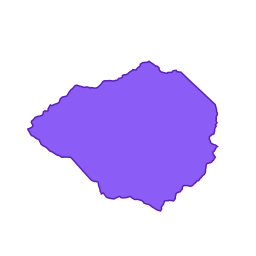 outline of Montanha, Espírito Santo, Brazil, rotated 293°
{"feature_id": "56859067B76989812301886", "entity_name": "Montanha", "entity_type": "district", "adm_level": 2, "iso_a3": "BRA", "parent_name": "Brazil", "parent_adm1": "Espírito Santo", "projection": "robinson", "projection_center": [-40.286, -18.121], "detail": "fine", "context": "isolated", "style": "filled", "palette": "violet", "viewbox_px": 256, "rotation_deg": 293, "n_neighbors": 0, "source": "geoboundaries", "source_scale": "gbopen_adm2", "svg_char_len": 3422}
<svg xmlns="http://www.w3.org/2000/svg" viewBox="0 0 256 256"><g transform="rotate(293 128 128)"><path d="M146.5,62.9L144.7,62.2L142.9,61.7L140.9,60.5L137.5,59.7L135.6,59.5L134.4,59.3L133.2,58.9L131.3,56.0L130.0,54.9L128.3,54.3L126.2,54.5L124.9,54.6L123.2,53.6L121.6,51.7L120.6,50.7L118.7,49.1L118.9,47.5L114.7,47.0L112.9,47.6L111.9,46.9L111.2,44.6L109.8,43.8L107.8,44.4L106.2,43.9L104.9,42.8L103.8,41.0L101.4,38.3L98.8,37.7L96.8,36.6L95.4,36.7L93.2,39.6L91.6,39.4L90.2,38.5L87.9,36.2L86.7,37.4L85.8,38.9L84.6,40.2L83.3,42.2L83.5,44.0L83.1,45.5L82.6,47.0L82.5,49.4L82.4,50.9L81.5,51.7L80.4,53.0L79.1,54.3L78.5,56.7L78.3,59.8L77.7,61.8L76.8,63.7L76.3,65.0L76.4,67.6L76.0,69.9L75.6,71.8L75.4,73.8L75.8,75.2L75.5,76.7L75.2,78.4L75.9,79.9L76.9,82.0L77.7,84.0L78.6,86.6L78.1,87.9L77.4,89.5L75.5,93.6L74.6,95.3L73.6,97.6L72.4,100.1L71.9,101.2L70.9,103.2L69.9,105.4L68.5,108.4L68.0,109.6L66.6,112.5L65.6,115.0L65.6,117.1L65.9,118.6L66.4,120.0L66.5,121.4L65.4,122.4L63.2,123.8L61.7,125.2L60.4,126.3L58.8,127.2L58.0,128.5L56.9,129.2L58.5,130.7L57.0,133.4L56.0,135.0L55.9,137.1L56.3,139.1L56.7,140.9L57.2,142.8L58.5,143.9L59.8,145.1L60.9,146.1L61.8,147.0L61.2,148.6L61.4,149.9L62.3,152.0L64.0,154.7L64.9,155.6L65.9,156.6L65.4,158.3L65.1,159.7L64.8,161.8L65.3,163.2L66.1,164.7L66.3,166.7L66.6,169.2L66.1,170.7L65.2,171.9L65.2,173.5L65.4,174.9L65.6,176.2L65.7,178.2L65.1,179.7L64.8,181.1L64.4,184.1L64.0,186.1L64.1,188.3L64.4,190.4L66.7,190.5L68.1,189.6L69.7,189.9L71.7,190.4L73.3,190.2L75.0,190.2L75.9,191.4L76.6,193.0L77.7,194.7L78.3,196.6L78.6,198.3L80.2,198.9L81.8,199.1L83.2,198.3L84.7,198.3L86.0,197.9L87.3,198.3L88.9,199.9L89.9,201.1L91.6,201.2L92.7,201.8L94.6,201.2L96.5,201.5L97.4,203.0L97.8,204.3L98.4,205.5L98.5,207.3L99.1,208.8L100.0,209.7L101.3,210.3L102.8,210.8L104.2,211.6L105.9,212.0L107.1,213.4L108.2,213.9L109.6,214.0L111.3,214.9L113.4,215.3L114.8,216.2L116.4,216.5L118.3,216.3L120.3,215.5L121.9,215.3L123.7,214.6L125.6,214.3L126.8,215.4L128.0,217.1L129.4,218.4L130.5,218.5L131.7,219.3L133.6,219.4L135.3,219.8L136.3,218.0L137.4,216.5L138.8,215.5L140.2,216.3L141.9,216.6L143.4,216.7L144.8,216.7L145.8,217.6L146.5,215.4L146.3,213.4L146.3,211.8L146.7,209.9L148.5,208.4L149.8,207.0L151.3,206.5L152.5,206.6L153.7,207.5L154.9,208.0L156.1,209.4L157.5,209.1L158.9,209.0L160.7,208.3L162.2,208.1L164.2,208.4L165.0,207.1L166.1,207.6L167.6,207.9L168.6,206.6L169.7,206.0L171.1,205.7L172.8,204.7L174.3,205.0L175.6,204.9L176.7,204.4L177.5,203.3L179.0,202.6L180.1,201.8L181.5,200.8L182.7,199.8L183.7,199.0L192.2,175.9L194.7,168.9L200.1,154.9L199.5,153.1L199.0,150.9L199.9,150.0L199.3,148.5L198.4,147.6L197.6,146.7L196.3,146.7L195.7,145.1L194.7,143.0L193.6,142.5L193.2,140.9L192.9,138.9L192.6,136.7L193.0,135.3L193.9,133.9L195.5,133.0L196.2,131.1L196.0,128.5L196.6,126.7L196.8,125.3L197.1,123.6L197.7,121.3L196.1,120.2L195.1,118.1L193.9,116.0L192.5,115.0L191.5,114.4L190.0,114.9L188.5,114.2L187.4,113.4L185.8,113.0L184.6,112.8L184.1,111.4L183.6,109.6L182.4,109.3L180.8,108.1L179.3,107.2L177.8,106.6L176.4,105.4L175.4,103.5L174.1,102.3L172.7,103.0L171.6,102.4L170.6,101.0L169.9,100.0L168.7,99.8L167.4,99.0L166.9,97.7L165.8,96.8L164.9,93.9L164.4,92.3L163.0,89.8L162.3,87.9L161.3,86.9L159.7,86.5L157.7,86.1L155.8,85.3L153.6,84.2L152.3,83.0L151.6,81.5L151.2,79.9L150.9,78.4L150.0,77.4L150.0,75.7L149.8,74.2L148.9,72.8L148.0,71.2L148.1,69.8L147.6,66.7L147.4,64.0L146.5,62.9Z" fill="#8b5cf6" stroke="#5b21b6" stroke-width="1.5"/></g></svg>